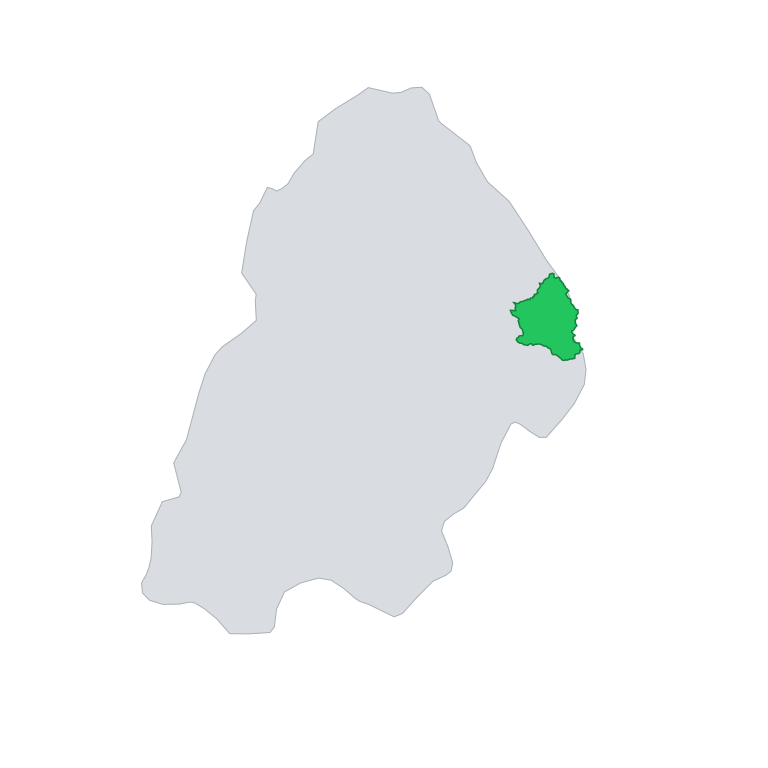 Laya, Gasa, Bhutan (highlighted), rotated 112°
{"feature_id": "84629894B6989657948479", "entity_name": "Laya", "entity_type": "district", "adm_level": 2, "iso_a3": "BTN", "parent_name": "Bhutan", "parent_adm1": "Gasa", "projection": "equal_earth", "projection_center": [89.7, 28.07], "detail": "fine", "context": "in_parent", "style": "filled", "palette": "green", "viewbox_px": 768, "rotation_deg": 112, "n_neighbors": 0, "source": "geoboundaries", "source_scale": "gbopen_adm2", "svg_char_len": 7322}
<svg xmlns="http://www.w3.org/2000/svg" viewBox="0 0 768 768"><g transform="rotate(112 384 384)"><path d="M594.6,325.1L593.6,330.3L588.8,344.2L585.7,359.4L588.4,371.8L599.5,386.6L614.2,398.4L633.0,399.3L650.2,394.7L657.1,396.6L666.6,416.4L673.3,433.5L664.4,451.1L659.6,466.6L657.9,477.6L659.0,482.4L664.7,491.3L671.2,506.5L672.3,520.5L668.2,529.7L659.3,534.3L649.9,533.0L642.0,533.2L632.3,534.8L617.0,540.0L602.8,546.6L576.1,545.4L565.3,531.6L560.3,531.5L536.0,549.4L509.6,546.3L461.4,552.3L441.3,553.7L420.6,551.7L410.1,547.9L390.6,535.3L372.9,526.2L355.0,534.5L348.7,536.1L334.4,557.6L303.2,564.7L272.1,569.9L262.9,567.0L245.4,565.8L244.8,560.7L245.3,555.9L241.3,552.0L234.2,548.0L222.0,546.3L206.3,540.9L197.3,535.8L165.4,543.3L146.8,532.0L125.7,516.4L115.1,509.7L111.3,485.6L107.6,477.8L99.3,469.7L94.7,460.1L98.4,450.3L119.5,431.9L121.2,427.6L130.9,393.4L144.4,381.0L157.8,363.7L167.8,336.3L187.3,308.2L208.6,279.4L223.2,255.9L232.9,245.0L252.9,233.3L269.6,226.4L281.2,210.7L295.1,202.0L309.4,198.1L330.7,200.2L350.7,205.8L372.7,213.6L375.3,219.9L373.4,231.0L370.3,242.3L370.2,248.1L373.6,251.3L395.1,253.4L421.4,251.6L436.2,253.2L469.1,263.6L478.8,271.0L488.9,276.6L498.7,275.6L511.1,263.6L524.1,253.3L532.3,251.7L538.1,255.0L548.6,264.8L570.4,273.9L589.8,280.9L596.1,287.4L594.1,315.6L594.6,325.1Z" fill="#d9dde1" stroke="#a8b0b8" stroke-width="1"/><path d="M268.4,294.4L268.6,294.0L269.3,293.5L269.4,293.3L269.7,293.2L269.9,293.1L270.5,292.3L270.9,291.9L271.5,291.1L271.8,290.8L272.1,290.5L272.1,290.3L271.9,288.8L272.0,288.0L272.2,287.5L272.3,287.0L272.3,285.8L272.4,285.4L272.4,284.9L272.8,284.5L272.9,283.9L272.9,283.5L273.0,283.3L273.4,283.0L273.5,282.9L274.0,283.1L274.4,283.2L275.1,283.2L275.3,283.2L276.3,282.1L276.9,281.9L277.1,281.6L277.5,281.5L278.2,280.8L278.3,280.5L278.6,280.4L279.7,279.8L280.6,278.7L280.7,278.4L280.9,278.1L281.1,277.2L281.5,276.5L281.9,276.1L282.0,275.9L282.4,275.5L282.8,275.4L283.6,274.7L283.9,274.4L284.1,274.3L284.3,273.9L284.7,274.0L285.2,273.7L285.7,273.7L286.1,273.4L286.5,273.4L287.2,273.5L287.4,273.8L287.6,274.3L287.8,274.7L287.9,275.2L288.1,275.6L288.3,275.9L288.6,276.2L289.0,276.7L289.4,277.0L290.2,276.8L291.9,277.9L292.5,278.1L293.3,278.0L293.8,277.6L294.0,277.0L294.4,276.5L294.8,276.0L295.0,275.1L295.2,273.8L295.3,273.4L295.1,272.9L294.8,272.1L294.7,271.3L294.8,270.5L295.1,269.6L295.1,269.0L294.8,267.7L294.6,266.2L294.5,265.7L294.2,265.0L293.5,264.8L293.0,264.3L292.6,264.1L292.0,263.6L291.5,262.5L291.5,262.0L291.8,261.5L292.3,261.1L292.4,260.7L292.1,260.0L291.6,259.6L290.6,258.9L290.5,258.5L289.4,256.4L288.6,254.6L288.6,252.6L288.7,250.9L288.9,250.2L288.9,249.9L288.7,249.2L288.5,248.8L288.2,248.3L288.2,247.8L288.4,247.0L288.9,246.1L289.1,245.4L289.0,244.8L289.1,243.3L289.3,242.8L289.7,242.1L291.2,241.1L291.9,240.4L292.5,240.1L293.0,239.7L293.5,238.0L293.4,237.8L292.7,236.7L292.5,235.9L292.5,235.2L293.4,231.8L293.7,231.2L293.8,230.5L293.9,229.7L294.8,228.3L294.9,227.9L295.0,227.2L294.9,227.1L294.7,225.9L294.1,225.1L293.4,224.4L293.5,223.8L293.3,223.2L293.1,223.0L292.9,222.6L291.8,221.6L291.4,221.4L290.6,219.8L290.5,219.2L290.2,218.6L289.4,217.9L289.0,217.0L288.6,216.7L288.2,216.8L287.4,217.3L285.0,217.8L284.7,217.7L284.3,217.4L283.6,216.2L283.1,215.1L282.1,214.4L281.1,214.3L280.9,214.3L280.4,214.6L280.0,214.7L279.5,215.0L279.3,215.0L279.0,214.7L278.8,214.4L278.6,214.0L277.8,212.7L277.3,212.8L277.1,213.0L276.9,214.0L276.5,215.2L276.3,215.7L275.7,216.3L275.2,216.8L274.7,217.1L274.4,217.3L274.3,217.5L274.0,217.7L273.9,217.7L273.5,217.8L273.0,217.9L272.9,218.0L272.8,218.4L272.9,218.6L273.0,219.0L273.4,219.7L273.7,220.3L273.8,220.5L273.9,221.2L273.7,221.5L273.7,221.8L273.7,222.3L273.7,223.3L273.4,223.6L273.1,223.7L272.5,224.9L272.1,225.2L271.8,225.2L271.4,225.3L271.2,225.5L271.1,225.8L270.6,226.2L270.1,226.1L269.1,226.2L268.9,226.1L267.8,225.1L267.5,225.0L267.1,225.3L267.0,225.9L267.0,226.9L266.8,227.7L265.7,229.3L265.4,229.6L265.1,229.6L264.3,229.6L263.6,229.1L263.5,228.8L262.5,228.2L261.9,228.1L261.1,228.0L260.4,227.9L259.9,227.9L259.5,227.8L259.0,227.5L258.4,227.3L258.0,227.0L257.7,227.0L257.0,227.9L256.6,228.2L256.3,228.9L256.0,229.3L254.9,229.8L254.0,230.0L253.8,230.5L253.5,230.7L253.0,230.6L252.7,230.5L252.1,230.4L251.7,230.3L251.1,229.6L250.8,229.6L250.6,229.8L250.2,229.9L250.0,230.0L249.7,230.3L249.5,230.7L248.9,231.0L248.5,231.4L248.0,231.4L247.7,231.3L247.2,231.1L246.4,230.6L246.2,230.5L245.4,230.7L244.5,231.1L243.8,231.7L243.5,231.8L243.3,231.7L242.9,231.8L242.6,231.9L242.7,232.5L242.8,232.6L242.9,233.9L242.7,234.7L242.4,235.3L242.1,235.6L241.8,236.2L241.6,236.6L241.1,236.9L240.6,237.6L240.2,238.0L240.1,238.3L239.8,239.6L239.2,240.5L238.9,240.7L238.4,241.5L238.0,241.8L237.8,241.9L237.3,241.7L237.1,241.7L236.7,241.9L235.8,242.5L235.5,242.9L235.3,243.4L235.3,244.2L235.5,244.8L235.5,245.2L235.4,245.5L234.8,245.9L234.3,246.7L234.2,247.0L233.6,247.8L233.5,248.1L232.8,248.7L232.6,249.0L232.4,249.2L232.1,249.1L231.5,248.8L231.3,248.7L230.0,248.5L229.2,248.1L228.8,247.8L228.4,247.5L227.4,249.7L227.3,249.9L227.4,250.2L227.5,250.6L227.4,251.0L226.7,251.8L226.4,252.2L226.0,252.3L225.8,252.6L225.6,253.3L225.4,253.7L225.2,253.9L224.6,254.5L224.3,255.1L224.0,255.2L223.8,255.3L223.7,255.4L223.7,255.9L223.4,256.6L223.2,256.9L223.0,257.2L222.2,258.3L222.2,258.6L222.3,258.9L222.1,259.4L221.7,259.8L220.2,260.7L219.9,260.9L219.7,261.2L219.7,262.2L219.8,262.5L220.2,262.9L220.5,263.3L220.7,263.6L220.9,263.9L221.2,264.2L221.5,264.6L221.6,265.0L221.4,266.0L221.0,266.5L220.1,266.8L219.5,267.3L219.2,267.3L218.7,267.6L218.3,267.6L218.2,267.7L218.2,267.9L218.2,268.7L218.2,269.3L218.3,269.5L218.8,270.0L219.3,270.4L219.7,271.1L219.7,271.3L220.5,271.5L220.8,271.6L221.9,271.4L222.5,271.2L223.3,271.0L223.9,271.3L225.0,272.5L225.9,273.4L226.3,273.6L226.5,273.5L226.9,274.0L227.2,274.0L227.4,274.3L227.9,274.4L228.5,274.4L228.8,274.6L229.1,274.6L229.9,274.6L230.3,274.5L230.6,274.5L230.9,274.6L231.1,274.5L231.3,274.7L231.5,275.1L231.7,275.3L231.8,275.6L232.0,275.7L232.0,276.1L232.2,276.6L232.2,277.5L232.3,277.7L233.1,277.1L233.3,276.8L233.3,276.6L233.4,276.3L233.8,276.1L234.3,276.0L234.7,275.8L235.2,275.9L235.6,275.8L236.1,275.9L236.4,276.0L236.8,276.0L237.4,276.2L238.3,276.7L239.1,277.0L239.7,276.9L240.8,276.5L241.1,276.3L241.6,275.5L241.7,275.4L242.4,275.7L242.5,276.1L242.8,276.4L243.3,276.6L243.5,276.5L243.8,276.7L244.1,276.8L244.3,277.8L244.9,278.2L245.2,278.2L245.8,277.6L246.3,277.6L246.6,277.9L246.8,278.3L247.1,278.5L247.5,278.6L248.0,278.1L248.2,278.4L248.5,278.6L248.8,278.9L249.5,280.5L251.1,280.3L251.4,281.4L251.3,282.3L251.7,282.6L252.2,282.7L252.5,282.9L252.7,283.2L252.7,283.5L252.8,283.7L253.0,283.9L253.4,284.2L253.8,284.6L253.9,284.9L254.5,285.3L254.7,285.6L255.1,285.7L255.4,286.2L255.6,286.7L255.9,287.1L256.1,287.5L256.5,287.9L256.7,288.3L256.8,288.5L257.2,288.6L257.7,288.9L258.1,289.0L258.8,289.3L259.1,289.9L259.5,290.5L259.6,290.8L259.7,291.6L259.7,291.8L259.7,293.4L259.7,293.6L259.9,294.2L260.3,293.4L260.5,293.0L260.7,292.4L261.4,291.8L262.0,291.5L262.1,291.3L262.6,290.8L262.8,290.7L263.3,290.7L263.5,290.7L263.8,290.9L264.1,291.0L264.4,290.9L264.8,290.7L265.1,290.4L265.9,290.0L266.6,289.4L266.9,290.0L267.0,290.2L266.9,290.4L267.3,290.9L267.4,291.7L267.7,292.4L267.7,292.9L267.9,293.3L267.9,293.6L268.0,293.8L268.4,294.4Z" fill="#22c55e" stroke="#15803d" stroke-width="1.5"/></g></svg>